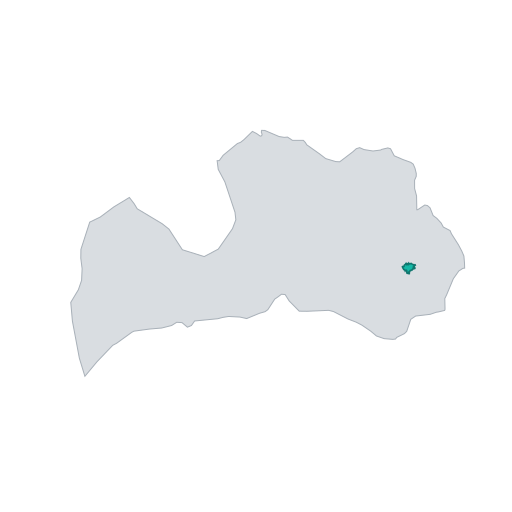 location of Maltas pag., Rezeknes, Latvia, rotated 343°
{"feature_id": "27541924B14465730605778", "entity_name": "Maltas pag.", "entity_type": "district", "adm_level": 2, "iso_a3": "LVA", "parent_name": "Latvia", "parent_adm1": "Rezeknes", "projection": "albers", "projection_center": [27.185, 56.309], "detail": "fine", "context": "in_parent", "style": "filled", "palette": "teal", "viewbox_px": 512, "rotation_deg": 343, "n_neighbors": 0, "source": "geoboundaries", "source_scale": "gbopen_adm2", "svg_char_len": 4505}
<svg xmlns="http://www.w3.org/2000/svg" viewBox="0 0 512 512"><g transform="rotate(343 256 256)"><path d="M365.2,376.2L362.4,375.7L354.4,372.5L347.8,367.7L343.8,361.5L337.0,353.0L332.5,348.6L325.5,343.1L313.9,331.8L309.6,329.2L288.7,323.8L281.2,321.4L274.6,308.7L272.6,301.4L269.2,300.0L265.4,301.4L261.3,302.7L251.6,310.8L248.4,311.9L242.6,311.8L228.8,313.1L222.8,309.7L212.1,305.8L206.3,305.0L201.1,304.8L178.3,300.2L173.9,303.6L169.6,304.0L165.8,298.1L160.8,296.2L155.0,297.8L144.8,297.3L132.7,294.7L117.3,292.2L115.0,292.6L97.2,298.7L92.9,299.5L73.1,310.6L57.2,321.0L57.2,302.1L61.4,264.6L65.3,246.2L76.3,236.3L82.1,228.3L86.0,217.3L87.8,206.9L90.5,198.5L106.9,175.0L118.5,173.2L134.4,167.5L152.0,163.0L154.8,170.5L156.2,176.1L175.7,197.7L180.6,204.8L187.4,228.5L206.3,241.4L221.9,238.4L228.8,233.0L241.5,223.0L247.3,215.5L248.7,208.0L247.9,176.0L245.2,162.1L246.7,153.5L248.8,154.0L254.0,150.1L271.1,143.0L274.4,142.8L278.3,141.3L289.0,135.8L292.3,139.0L295.1,142.6L296.6,142.7L297.4,141.4L297.3,139.1L298.1,137.5L301.1,138.5L313.0,148.5L317.7,150.8L320.9,151.5L324.7,156.1L335.1,159.3L336.3,161.7L337.1,164.6L346.7,177.0L351.1,183.2L359.8,189.0L363.6,190.4L379.0,184.7L383.3,182.7L386.8,182.7L390.4,185.8L398.6,189.8L406.1,191.1L407.4,190.8L413.7,191.2L416.0,192.8L417.5,200.6L424.7,206.7L431.4,211.7L433.2,214.1L433.7,218.6L433.4,223.9L432.5,226.7L429.8,229.9L427.4,237.9L427.1,245.5L423.3,258.8L424.2,259.0L432.3,256.6L434.7,257.9L436.5,260.8L437.2,269.1L439.9,272.8L442.7,278.6L443.6,283.1L449.0,288.4L449.4,291.9L452.8,304.2L454.2,311.3L454.8,316.8L453.3,323.8L452.0,328.6L450.3,328.3L445.6,329.6L438.1,335.4L426.9,348.9L424.1,351.9L421.2,362.2L420.5,363.2L413.9,362.8L412.1,362.5L405.5,362.7L391.1,360.1L385.5,361.8L378.1,372.1L375.3,373.6L366.7,375.0L365.2,376.2Z" fill="#d9dde1" stroke="#a8b0b8" stroke-width="1"/><path d="M405.4,311.5L405.3,311.4L405.6,311.0L405.6,310.9L405.4,310.9L405.2,310.9L404.9,310.8L404.7,310.8L404.3,310.9L404.3,310.6L404.3,310.4L404.2,310.4L404.0,310.5L403.9,310.5L403.8,310.4L403.6,310.2L403.5,309.9L403.3,309.8L403.2,309.7L402.9,309.4L402.8,309.2L402.6,309.1L402.5,308.9L402.3,308.7L402.1,308.5L402.1,308.4L401.5,308.4L401.5,308.5L401.4,308.6L401.2,308.6L401.1,308.4L400.9,308.3L400.7,308.3L400.6,308.2L400.4,308.0L400.3,307.9L400.2,308.0L400.2,307.9L399.9,307.8L399.7,307.9L399.6,307.7L399.6,307.8L399.6,307.7L399.5,307.8L399.5,307.7L399.5,307.8L399.4,307.7L399.2,307.7L398.8,307.6L398.8,307.9L398.8,308.0L398.6,308.5L398.5,308.4L398.4,308.4L398.5,308.3L398.6,308.1L398.2,307.9L398.1,308.1L398.2,308.5L398.0,308.4L397.9,308.2L397.9,308.3L398.0,308.1L397.9,308.1L397.7,308.0L397.6,307.9L397.5,307.7L397.4,307.6L397.4,307.4L397.5,307.3L397.5,307.2L397.5,306.9L397.4,306.9L397.2,306.9L397.1,307.3L397.0,307.5L396.9,307.3L396.7,307.4L396.6,307.5L396.4,307.6L396.0,307.8L395.9,307.8L395.7,307.9L395.3,308.0L395.2,308.1L395.0,308.3L394.9,308.4L394.8,308.6L394.7,308.6L394.6,308.8L394.6,309.0L394.4,309.2L394.4,309.3L394.2,309.3L394.1,309.2L393.9,309.2L393.6,309.3L393.4,309.2L393.1,309.1L393.0,308.9L392.8,309.0L392.8,309.4L392.9,309.5L393.0,309.9L393.0,310.0L392.9,310.1L392.9,310.3L392.9,310.5L393.0,310.6L393.1,310.8L393.3,311.4L393.2,311.4L393.2,311.5L393.2,311.8L393.3,312.2L393.6,312.4L393.7,312.5L394.0,312.5L394.2,312.8L394.3,313.0L394.2,313.1L394.2,313.3L394.3,313.3L394.3,313.5L394.4,313.4L394.6,313.4L394.7,313.5L394.8,313.4L395.0,313.6L394.9,313.6L395.0,313.6L394.9,313.7L395.0,313.8L395.4,314.0L395.8,314.2L395.9,314.3L395.8,314.5L395.5,314.7L395.4,314.8L395.3,315.0L395.5,315.2L395.5,315.3L395.4,315.6L395.5,315.8L395.3,316.3L395.4,316.6L395.4,316.8L395.5,316.9L396.3,317.0L396.6,316.7L396.8,316.9L396.9,317.0L397.0,317.2L397.0,317.7L397.2,317.8L397.3,317.8L397.4,317.7L397.5,317.7L397.6,317.3L397.5,317.2L397.4,316.6L397.1,316.5L396.9,316.4L397.1,316.0L397.5,316.2L398.2,316.1L398.2,315.8L398.5,315.7L398.8,315.5L398.8,315.3L399.0,315.2L399.3,315.1L399.3,314.9L399.5,314.9L399.7,315.0L399.8,315.1L400.0,315.2L400.4,314.9L400.6,315.0L400.8,315.0L401.0,314.9L401.2,315.0L401.4,314.7L401.6,314.8L401.7,314.7L401.8,314.6L402.0,314.4L402.2,314.2L402.3,314.2L402.4,313.9L402.5,313.9L402.5,314.0L402.9,314.2L402.9,314.4L404.2,314.4L404.3,314.4L404.5,313.9L404.5,313.7L404.4,313.6L403.5,313.0L403.3,312.8L403.3,312.7L403.2,312.6L403.3,312.5L403.3,312.4L403.5,312.3L403.4,312.5L403.6,312.6L403.7,312.4L403.9,312.4L404.1,312.6L404.1,312.4L404.1,312.1L404.5,311.9L404.8,311.8L404.9,311.7L405.4,311.5Z" fill="#14b8a6" stroke="#0f766e" stroke-width="1.5"/></g></svg>